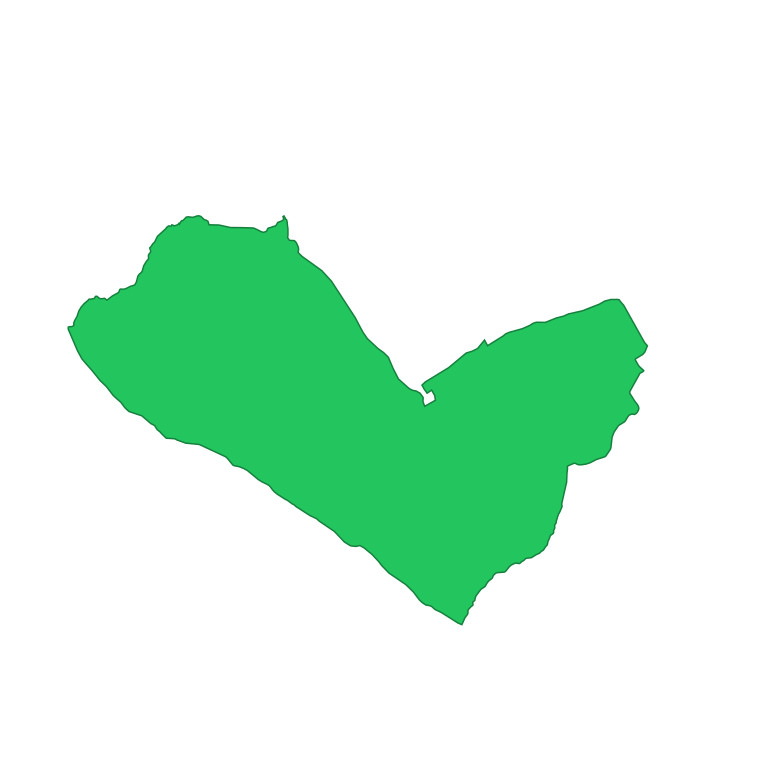 outline of Kunene, rotated 329°
{"feature_id": "NAM-3347", "entity_name": "Kunene", "entity_type": "Region", "adm_level": 1, "iso_a3": "NAM", "parent_name": "Namibia", "parent_adm1": "", "projection": "natural_earth1", "projection_center": [13.973, -19.069], "detail": "fine", "context": "isolated", "style": "filled", "palette": "green", "viewbox_px": 768, "rotation_deg": 329, "n_neighbors": 0, "source": "natural_earth", "source_scale": "10m", "svg_char_len": 5139}
<svg xmlns="http://www.w3.org/2000/svg" viewBox="0 0 768 768"><g transform="rotate(329 384 384)"><path d="M280.9,137.6L282.7,139.1L284.0,138.3L284.8,139.0L285.4,140.1L286.5,140.7L288.7,141.1L289.9,141.1L290.9,140.7L290.9,141.6L293.4,140.2L294.9,139.8L295.6,140.3L296.2,140.3L298.6,139.6L300.4,139.1L302.2,139.8L305.7,142.5L307.5,143.1L309.8,143.5L311.9,144.4L313.3,146.0L314.6,150.6L316.1,152.2L316.9,154.1L316.0,157.4L324.4,162.7L333.0,170.8L342.6,176.7L351.8,182.6L353.1,183.8L357.6,190.7L359.0,192.0L361.3,192.5L362.6,192.2L364.1,191.1L365.0,190.8L366.1,191.0L367.9,191.6L370.1,191.9L371.7,192.5L372.8,192.5L373.9,192.1L375.5,191.1L376.1,190.8L380.5,191.6L382.7,191.3L383.6,188.9L383.7,188.4L384.8,188.4L384.8,190.8L384.5,192.0L385.1,192.8L384.6,194.8L382.7,198.8L381.8,201.1L378.7,206.4L376.7,209.1L377.0,212.2L381.1,215.0L381.6,217.6L381.3,220.6L380.9,222.9L380.1,224.7L378.1,227.1L379.5,232.5L389.0,254.6L391.9,268.7L393.5,312.1L392.6,328.5L393.1,336.5L397.1,350.5L399.8,356.8L401.5,363.3L399.8,375.3L399.0,387.3L403.2,400.8L405.1,404.0L407.9,406.5L410.2,410.5L410.6,415.7L409.5,417.5L408.3,419.2L407.4,424.1L419.7,424.4L421.5,420.1L421.7,413.8L416.2,414.1L415.8,409.1L416.0,404.5L420.6,403.5L447.7,403.3L470.4,399.8L476.5,401.3L482.4,401.8L492.8,398.1L492.5,404.5L510.9,404.2L514.4,403.7L518.4,404.3L530.9,407.8L539.2,408.9L542.8,408.7L546.3,409.5L554.1,414.3L565.9,416.2L572.8,418.3L578.4,419.0L591.6,423.4L609.8,426.5L615.8,426.6L622.0,428.4L627.9,431.9L629.0,433.0L629.1,434.9L630.0,440.0L628.7,482.6L629.5,486.9L624.0,491.0L621.3,491.9L612.6,492.0L612.1,492.2L611.8,492.6L611.7,499.1L611.8,500.3L613.3,505.3L613.5,506.4L612.8,506.7L611.9,506.8L609.0,506.6L591.4,516.7L590.4,517.7L589.9,518.5L590.1,528.0L590.6,532.0L590.6,533.3L590.4,534.7L589.9,536.2L588.8,537.3L587.4,538.2L585.9,538.9L584.5,539.2L583.0,539.1L581.3,537.6L579.8,537.2L578.4,537.0L577.1,537.3L576.3,537.6L571.4,540.1L570.4,540.3L564.3,540.4L563.4,540.5L556.5,543.7L553.2,546.2L551.8,547.5L545.5,555.7L544.0,556.8L538.0,559.6L536.6,560.1L535.2,560.0L527.1,558.1L520.3,557.7L515.9,556.7L511.8,555.0L509.8,553.9L508.3,552.5L507.6,551.3L507.0,550.5L506.1,549.8L499.1,548.9L498.2,550.0L497.5,551.4L495.2,554.3L489.7,562.6L488.9,563.3L475.2,577.6L474.2,579.0L473.7,580.5L473.1,581.1L468.5,584.4L466.3,585.6L461.0,590.3L460.2,591.5L459.5,592.0L457.9,592.7L457.5,593.0L457.3,593.4L456.6,594.8L456.2,595.4L455.6,595.9L455.0,596.2L454.1,596.8L453.6,597.5L453.1,598.4L452.7,598.9L452.3,599.2L451.1,599.4L449.2,599.5L448.7,599.6L448.2,599.9L445.8,601.9L443.6,603.3L442.9,604.0L441.8,605.3L441.2,605.9L440.6,606.2L439.7,606.4L438.0,607.0L435.5,608.3L434.7,608.5L432.7,608.5L431.8,608.7L430.4,609.1L429.7,609.1L426.7,608.7L421.2,608.8L420.4,608.6L416.8,606.9L416.2,606.7L415.4,606.7L414.5,606.8L413.2,607.2L410.5,607.2L408.2,607.7L407.5,607.6L407.1,607.3L405.0,605.6L404.5,605.3L403.9,605.1L399.7,604.7L397.2,605.2L392.1,607.1L391.6,607.2L391.0,607.3L390.4,607.2L389.8,607.0L383.6,603.9L382.8,603.8L381.9,603.8L380.2,604.1L379.2,604.5L378.3,605.0L377.3,605.8L376.6,606.2L375.9,606.4L373.1,606.6L371.0,607.2L369.6,607.8L367.0,609.3L366.3,609.6L365.7,609.7L361.3,609.9L353.9,612.9L351.9,614.4L350.6,616.1L349.8,616.4L348.2,616.6L347.7,616.9L347.3,617.4L347.0,618.1L346.6,619.1L346.1,619.4L345.1,619.6L343.9,619.7L340.5,620.7L339.7,621.1L339.3,621.4L338.2,623.3L337.3,624.2L336.4,624.7L333.1,626.0L326.8,630.4L324.3,627.0L315.5,609.5L311.5,603.4L310.2,599.1L308.8,597.4L306.1,595.1L304.2,591.1L303.1,587.2L302.1,577.6L299.4,567.2L290.9,548.7L288.5,538.4L288.0,533.5L286.0,524.0L282.5,514.2L280.2,510.1L276.3,508.8L272.0,505.5L268.7,499.1L265.5,484.7L257.9,468.3L256.9,464.9L252.8,458.7L245.5,443.9L244.7,441.2L243.6,439.5L241.1,433.6L240.2,432.4L235.8,423.6L234.5,419.9L234.0,417.7L233.4,412.4L232.2,409.9L229.1,405.2L227.0,401.1L222.3,387.7L220.2,384.1L217.2,380.2L213.7,377.1L212.7,375.6L211.5,367.2L210.7,364.7L194.5,340.7L183.5,332.5L178.6,326.4L178.0,325.8L176.3,323.0L175.3,322.4L174.3,321.7L169.4,318.3L167.8,312.2L167.4,310.0L166.1,306.4L166.0,305.1L166.0,303.9L165.9,302.8L166.1,301.6L163.8,297.9L160.0,286.5L159.3,285.7L151.2,276.2L149.7,270.9L149.0,264.1L147.2,258.5L146.0,254.4L144.7,243.2L142.4,234.7L140.8,222.8L139.7,216.8L139.0,213.0L138.0,206.8L138.4,197.6L141.6,174.3L142.7,172.6L144.0,172.9L145.8,173.9L146.8,174.2L148.3,174.0L148.8,173.5L149.0,172.7L149.6,171.8L151.4,170.4L155.4,168.2L160.1,164.2L164.1,162.1L168.6,160.6L173.2,159.9L173.9,159.7L174.5,159.4L175.2,159.5L176.2,160.2L179.6,161.4L180.7,161.1L181.2,160.6L181.7,160.3L182.6,160.6L183.3,161.2L183.5,162.0L183.7,162.9L184.1,163.8L184.6,164.5L185.6,165.3L186.7,165.9L187.7,166.2L188.7,166.7L189.1,167.8L189.4,168.9L189.7,169.4L196.9,168.6L203.3,168.9L204.7,168.2L206.0,167.0L207.0,166.9L209.4,168.5L211.3,169.2L217.1,169.7L220.5,170.6L221.8,170.5L224.2,169.1L228.6,164.8L231.0,163.8L233.5,163.4L235.4,162.3L238.8,159.0L243.2,156.6L246.6,155.4L247.2,154.5L248.0,152.8L248.9,151.9L249.7,151.5L251.4,150.9L252.3,150.2L252.7,149.2L252.9,147.8L253.3,146.7L255.7,146.0L257.6,144.9L260.7,144.1L265.9,140.7L276.5,138.6L278.8,137.7L280.9,137.6Z" fill="#22c55e" stroke="#15803d" stroke-width="1.5"/></g></svg>